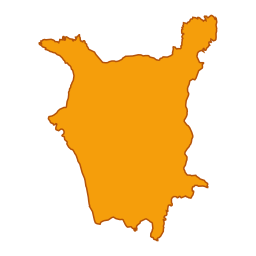 outline of Futuna, Vanuatu
{"feature_id": "77236927B67175476765241", "entity_name": "Futuna", "entity_type": "district", "adm_level": 2, "iso_a3": "VUT", "parent_name": "Vanuatu", "parent_adm1": "", "projection": "equal_earth", "projection_center": [170.22, -19.529], "detail": "fine", "context": "isolated", "style": "filled", "palette": "amber", "viewbox_px": 256, "rotation_deg": 0, "n_neighbors": 0, "source": "geoboundaries", "source_scale": "gbopen_adm2", "svg_char_len": 5699}
<svg xmlns="http://www.w3.org/2000/svg" viewBox="0 0 256 256"><path d="M153.9,239.3L155.6,239.7L157.0,240.6L157.8,240.6L157.9,239.9L157.2,239.2L157.3,238.6L158.1,237.9L159.2,237.5L160.6,236.2L163.3,231.4L163.4,228.8L163.8,227.5L163.4,226.9L163.5,225.6L164.0,224.3L164.1,223.0L163.7,220.7L163.3,219.7L163.5,219.5L164.7,220.3L165.8,219.7L165.6,218.6L164.1,217.5L164.2,216.7L164.8,215.9L166.2,215.4L166.8,214.7L166.8,212.8L166.4,210.8L167.6,211.3L167.9,211.1L167.6,209.5L167.7,208.7L168.1,206.3L168.5,205.3L170.1,204.9L170.7,205.7L171.5,205.8L172.2,205.1L172.1,203.6L171.5,202.7L171.4,199.3L172.0,198.1L172.7,197.3L173.8,196.6L175.6,196.6L176.6,196.9L177.2,197.7L177.6,197.7L178.6,197.3L179.1,196.5L179.9,196.4L181.2,197.8L185.7,196.0L186.3,196.7L187.9,197.2L188.6,197.7L190.9,198.1L191.3,197.6L191.9,196.3L192.9,194.9L193.7,191.9L193.5,191.1L192.6,191.1L192.3,190.8L192.1,188.6L192.3,187.9L192.8,186.8L193.9,186.6L194.8,185.4L197.4,185.4L198.3,186.2L198.8,186.2L203.0,186.0L205.0,186.5L207.0,187.5L207.7,187.5L207.8,186.6L207.1,185.9L207.7,184.4L207.5,183.4L205.3,181.9L204.3,180.4L200.1,179.0L198.9,177.9L196.5,176.3L195.8,175.3L191.5,175.7L190.4,175.2L187.6,175.1L186.9,174.7L185.1,172.2L184.7,170.7L183.8,169.0L183.9,167.5L185.4,165.1L186.3,161.3L186.9,159.8L187.0,157.0L184.8,153.9L185.1,152.0L187.3,148.7L189.0,146.8L189.9,144.9L190.7,144.0L191.4,141.9L191.8,139.1L192.7,137.3L192.8,136.5L192.7,135.4L191.7,132.2L189.7,127.8L188.3,125.9L186.8,124.9L184.2,121.4L184.4,119.6L185.1,118.9L186.6,116.0L187.1,114.2L187.0,112.5L187.3,111.5L187.0,109.0L185.8,106.6L185.7,104.9L186.2,100.6L188.4,95.5L188.7,94.1L188.6,93.2L187.9,92.1L187.6,91.1L187.5,88.4L188.0,86.7L189.1,84.4L189.8,80.9L192.7,79.1L194.8,79.8L196.0,78.2L198.7,70.7L202.2,68.1L202.5,67.2L202.3,64.5L203.5,63.4L203.5,62.8L203.2,62.7L200.3,62.7L199.4,62.2L197.0,56.8L196.9,55.7L197.3,55.0L197.5,53.3L198.0,52.4L199.2,51.3L201.5,50.4L203.5,51.6L203.0,50.5L203.0,49.4L203.4,48.5L203.9,48.4L204.9,50.3L205.8,50.2L206.8,48.0L208.5,46.5L208.8,45.5L209.7,45.2L208.9,43.7L209.0,42.2L209.9,41.9L211.0,42.4L211.4,42.0L210.7,41.1L211.0,39.1L213.5,40.8L215.4,40.1L215.9,39.3L216.1,37.3L216.0,33.4L216.6,31.2L216.5,29.4L216.7,28.7L216.0,25.0L216.8,22.0L216.2,18.5L215.8,17.9L215.4,19.3L215.1,19.3L213.9,16.9L211.7,15.4L210.9,15.5L208.1,17.7L207.3,17.6L206.7,16.3L204.8,16.1L204.4,16.4L204.6,17.4L205.7,18.9L206.0,20.6L205.0,20.1L204.4,20.1L203.4,21.1L202.5,20.1L201.1,19.4L200.0,18.2L198.9,17.5L197.8,17.4L197.7,17.5L197.8,18.7L197.5,18.8L195.5,17.7L192.8,17.3L192.6,18.4L192.2,19.0L191.1,19.0L190.5,19.4L189.5,21.6L187.7,22.4L187.0,23.6L183.5,22.7L183.4,24.7L182.9,25.5L183.3,26.7L182.0,27.4L182.7,29.0L181.9,29.3L181.7,29.8L181.7,32.2L181.9,33.3L182.2,33.6L183.6,33.5L183.7,34.1L183.0,34.5L181.9,36.5L181.9,37.0L182.6,37.9L182.8,38.6L182.1,39.2L182.2,40.6L181.8,43.0L181.9,44.6L181.5,45.6L180.9,46.0L181.1,47.8L180.8,48.3L180.3,48.7L177.6,48.6L176.9,49.0L175.9,48.3L175.2,47.2L173.3,46.8L173.1,47.2L173.3,49.1L172.5,52.7L172.6,54.2L172.1,54.8L171.0,55.6L167.4,57.1L163.1,56.9L161.7,58.2L160.3,58.4L160.0,58.7L159.8,59.7L159.0,60.3L156.3,59.8L153.9,58.0L150.0,57.1L149.1,56.1L148.2,55.6L145.5,55.6L143.1,55.9L140.9,54.9L138.2,54.8L132.6,56.0L125.6,56.3L124.2,57.3L123.0,57.9L122.2,59.1L121.3,59.7L118.9,60.9L117.2,61.4L115.7,61.5L114.2,61.0L111.9,61.0L109.3,61.7L107.7,62.6L105.7,62.8L102.6,62.4L95.8,54.4L94.5,52.1L88.7,49.3L87.8,47.2L86.8,46.0L86.6,44.2L85.2,43.1L84.9,41.5L84.4,40.8L83.5,40.8L82.8,41.8L82.2,41.7L81.8,41.1L80.8,41.0L80.4,40.3L80.1,37.6L79.6,36.9L79.4,34.8L78.9,34.9L78.4,35.8L77.1,36.5L76.7,37.6L75.5,37.2L75.5,37.8L76.1,38.7L76.0,39.3L75.3,40.1L73.9,39.6L73.5,40.8L73.0,40.8L72.6,40.4L72.4,39.2L69.7,38.8L66.7,36.9L66.0,36.9L65.2,37.4L65.2,37.8L65.5,38.7L65.3,39.9L64.4,40.1L64.2,39.5L64.1,36.8L63.8,36.5L63.1,36.6L62.8,37.1L62.6,38.7L62.7,39.8L59.8,39.5L59.6,40.9L59.0,41.6L58.7,42.7L57.2,41.7L55.0,41.6L54.4,40.7L53.5,40.1L51.1,39.3L45.9,39.8L44.5,39.5L43.0,39.9L42.0,40.9L40.9,41.0L40.9,42.4L41.5,43.3L41.5,43.7L39.8,42.7L39.3,42.8L39.2,43.8L39.8,44.6L41.4,45.5L42.5,46.8L45.7,47.9L45.9,48.5L45.3,49.2L45.5,49.5L47.0,49.8L49.2,50.8L50.1,51.5L51.7,51.8L53.1,52.5L55.2,52.9L57.2,54.6L59.7,55.5L62.3,58.0L63.6,60.0L64.6,60.8L65.4,63.1L67.3,63.0L68.6,64.8L69.9,65.6L70.9,67.0L71.5,69.2L72.4,69.9L72.9,71.0L74.0,75.8L73.3,80.3L71.9,83.0L71.6,84.2L70.9,85.2L70.6,87.4L69.6,88.8L69.3,91.0L68.6,92.1L68.7,94.5L68.3,98.2L67.1,101.5L66.4,106.8L65.9,107.5L64.1,107.4L59.8,109.3L58.1,110.8L56.7,112.9L54.1,114.9L52.0,116.0L49.0,116.6L48.4,118.2L48.5,119.0L50.0,121.1L50.3,122.0L51.1,122.9L53.0,123.6L53.5,124.7L53.8,125.0L54.9,124.6L55.7,123.7L56.5,123.8L56.8,124.2L55.8,127.9L55.8,129.1L56.3,129.8L58.7,130.7L60.9,129.1L62.0,129.1L63.1,129.7L64.0,131.2L64.1,132.4L63.7,133.9L62.4,134.9L62.0,135.6L62.3,136.1L64.3,136.8L64.7,139.6L67.0,141.7L67.2,143.0L66.9,143.5L67.0,144.2L68.7,147.1L71.1,149.3L72.6,149.6L73.9,151.5L74.8,153.4L76.1,155.3L77.5,159.2L78.0,161.2L79.9,164.2L82.2,172.7L84.5,178.2L85.1,180.6L85.9,186.1L86.5,187.5L88.3,197.1L88.7,200.8L89.2,204.2L89.6,205.2L89.6,206.0L89.4,206.2L92.5,211.6L94.5,220.4L95.4,222.8L97.0,223.7L100.1,224.2L100.7,222.5L101.5,221.8L103.9,220.7L108.2,220.0L111.9,217.5L113.5,217.1L115.9,218.6L120.0,219.6L122.1,219.4L123.0,219.7L125.4,224.6L126.7,226.5L127.7,227.1L131.0,226.7L132.5,228.3L133.6,228.6L134.3,230.5L135.0,231.0L135.4,230.8L134.7,228.4L135.1,228.3L135.5,228.6L136.0,230.0L136.7,230.0L136.9,228.3L136.5,227.4L136.7,226.1L137.2,225.3L140.0,223.0L140.4,221.4L145.4,219.0L146.3,218.9L149.2,220.7L150.2,221.7L151.8,222.5L152.3,223.2L152.9,228.6L152.5,229.3L152.1,231.3L150.9,233.5L150.7,236.3L151.4,237.1L153.1,237.6L153.9,239.3Z" fill="#f59e0b" stroke="#b45309" stroke-width="1.5"/></svg>